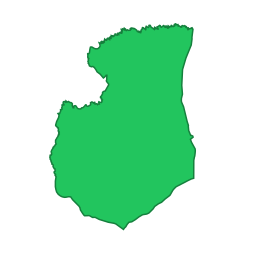 the district of Suwannaphum, Roi Et, Thailand, rotated 169°
{"feature_id": "78962969B41807577344670", "entity_name": "Suwannaphum", "entity_type": "district", "adm_level": 2, "iso_a3": "THA", "parent_name": "Thailand", "parent_adm1": "Roi Et", "projection": "robinson", "projection_center": [103.822, 15.606], "detail": "fine", "context": "isolated", "style": "filled", "palette": "green", "viewbox_px": 256, "rotation_deg": 169, "n_neighbors": 0, "source": "geoboundaries", "source_scale": "gbopen_adm2", "svg_char_len": 5897}
<svg xmlns="http://www.w3.org/2000/svg" viewBox="0 0 256 256"><g transform="rotate(169 128 128)"><path d="M151.8,29.3L150.6,30.5L149.0,31.5L147.2,33.6L145.0,35.3L142.2,35.2L138.2,36.7L134.2,38.7L130.2,40.1L125.9,40.0L123.6,40.6L118.8,43.8L116.8,45.9L112.6,47.8L109.2,48.7L105.0,51.3L100.3,53.6L99.5,54.1L95.9,58.3L94.2,59.7L91.9,61.2L79.0,65.0L75.5,65.9L73.1,66.1L69.6,83.7L68.4,86.7L67.8,87.8L66.9,90.6L66.3,92.7L66.1,94.7L68.4,101.9L68.9,105.0L65.9,106.5L65.9,107.1L65.9,107.6L67.2,108.7L67.9,108.8L68.9,113.8L68.5,118.1L68.2,119.0L68.7,122.9L69.4,138.2L70.5,143.3L70.4,144.8L69.9,146.9L68.1,150.8L67.1,159.6L63.3,175.0L57.8,185.6L50.1,197.4L48.2,203.1L47.9,204.9L45.5,212.2L45.7,212.3L45.6,213.2L46.4,213.6L45.9,213.9L46.0,214.2L46.9,214.1L47.2,213.8L48.1,213.7L49.3,213.7L49.7,213.3L49.9,213.7L49.7,214.7L50.0,214.7L50.5,214.1L50.5,215.0L51.5,215.4L51.4,216.1L52.0,216.1L51.9,216.8L52.1,217.1L52.7,217.0L53.2,217.7L53.8,217.4L55.2,218.2L56.3,217.5L56.2,216.8L56.8,216.8L56.9,216.4L57.1,217.2L57.6,217.8L58.6,218.7L59.2,218.5L59.2,220.0L61.1,220.1L61.1,221.0L61.4,221.2L62.8,220.8L62.9,220.5L62.8,219.7L63.2,219.7L63.1,219.2L64.3,218.9L65.0,219.5L65.4,219.3L65.5,220.2L65.8,220.4L66.2,219.5L67.0,219.8L67.8,219.0L68.8,220.3L69.1,218.7L69.7,218.3L70.1,218.5L70.2,218.9L69.7,219.9L69.9,220.4L71.4,220.9L71.6,220.7L71.4,220.2L71.6,219.6L72.4,219.8L72.5,220.7L73.1,220.8L73.2,221.6L73.5,221.8L76.0,220.5L76.6,221.1L76.7,222.2L77.4,222.7L79.0,221.9L80.2,221.7L80.1,220.8L79.5,219.9L79.6,219.4L80.6,219.7L80.9,220.2L82.6,221.8L83.0,221.1L82.7,220.0L83.3,219.6L84.8,221.4L86.0,222.5L86.6,224.5L87.5,224.8L87.9,224.7L87.9,223.7L88.8,222.8L89.5,223.1L90.3,224.2L90.8,224.3L91.3,223.2L91.6,222.9L91.5,221.9L91.9,221.2L93.0,222.5L93.7,223.0L93.7,223.4L94.6,223.8L95.1,223.2L95.1,222.6L95.6,222.0L96.6,221.5L96.7,220.1L97.7,220.2L97.7,219.8L97.4,219.6L97.5,219.2L98.3,219.6L98.4,220.4L98.8,220.9L99.2,220.1L100.5,221.0L100.6,222.0L101.3,222.9L102.7,224.4L103.3,224.3L103.8,224.9L104.9,225.3L105.4,224.8L105.7,225.5L106.0,225.5L106.2,225.2L106.9,225.0L106.8,223.9L107.0,223.6L108.8,223.7L109.9,224.5L111.1,224.0L111.5,225.4L112.3,224.8L112.9,224.9L112.9,225.5L112.4,226.2L112.7,226.7L113.3,225.8L114.7,226.5L114.9,225.9L114.7,225.3L115.0,224.9L115.7,225.5L115.4,223.7L115.7,223.6L116.0,224.3L116.3,223.9L116.4,223.3L115.8,222.8L116.1,222.2L117.2,222.6L117.7,223.3L118.9,222.7L119.2,221.8L119.8,222.9L120.2,222.5L120.5,221.2L120.9,221.1L122.1,221.8L122.0,222.6L122.8,222.7L123.2,221.7L123.9,221.6L124.4,220.7L125.0,220.6L125.6,221.0L125.5,222.1L126.2,220.8L126.5,221.0L126.5,221.8L126.8,222.0L127.1,220.6L127.4,220.6L127.6,221.0L128.0,220.8L127.7,220.2L127.6,219.2L128.2,219.3L128.0,220.0L128.9,220.3L129.4,220.0L129.5,219.2L129.1,218.7L129.2,218.2L129.8,218.6L129.7,219.3L129.9,219.6L131.0,220.0L131.7,219.4L131.7,219.0L132.5,218.9L132.1,218.6L132.3,218.2L132.8,218.4L133.2,219.1L133.7,219.1L134.0,219.6L134.2,219.1L134.2,218.4L134.7,218.1L134.8,217.4L135.3,217.8L135.8,217.6L135.4,216.5L135.9,216.2L136.3,216.5L136.5,217.3L137.0,216.8L137.3,216.9L137.2,217.6L137.4,218.0L138.2,217.6L138.0,216.6L137.4,216.3L137.4,216.1L138.1,216.1L138.6,216.7L139.2,216.6L140.0,217.1L139.6,215.1L139.8,213.7L140.5,212.8L142.0,211.8L143.1,211.6L144.9,212.0L145.8,212.5L148.0,214.4L149.2,214.6L149.5,214.5L150.3,212.7L151.6,209.0L152.4,208.5L153.3,208.7L153.5,208.4L153.4,207.3L153.8,206.2L154.0,204.6L153.7,204.5L153.4,204.0L153.3,203.5L153.9,203.1L154.0,201.6L154.6,201.2L154.4,199.5L154.7,199.1L154.3,198.6L154.0,196.3L152.3,195.1L150.8,195.1L149.5,193.8L148.4,191.4L147.6,189.0L145.0,186.1L142.6,181.8L141.3,182.4L139.4,183.9L138.7,183.8L139.7,179.4L140.3,178.4L139.9,177.2L138.7,175.0L138.8,174.0L143.3,168.7L144.7,168.6L146.0,168.0L146.3,167.5L146.4,166.6L146.9,165.9L148.1,164.5L149.0,163.9L149.2,163.0L148.8,162.6L148.3,162.5L148.2,162.1L148.6,161.5L147.8,160.5L148.5,159.9L148.4,159.4L149.0,158.3L149.3,158.1L150.7,158.6L151.6,159.3L151.9,158.9L151.6,157.0L153.1,157.1L153.5,156.8L153.9,157.8L155.7,157.7L155.7,159.5L156.3,159.6L157.0,159.0L158.4,160.5L159.1,160.1L159.9,160.1L160.3,157.9L161.9,157.3L163.2,156.9L163.7,157.0L164.4,157.5L164.6,158.6L165.3,158.8L166.5,157.7L168.2,156.6L169.8,156.6L170.6,155.8L172.2,156.0L173.6,156.7L174.3,157.9L174.7,159.3L175.5,160.0L176.8,160.0L177.3,159.4L177.3,158.2L178.0,158.3L178.5,160.5L178.0,162.3L178.4,163.2L179.0,163.8L180.2,164.1L181.3,165.4L182.3,165.1L182.7,165.1L183.7,166.3L183.9,165.3L184.1,165.1L185.2,166.1L186.2,166.1L186.6,165.8L187.0,164.6L186.4,163.3L186.4,162.9L186.7,162.8L188.1,163.3L188.4,163.2L188.5,161.5L189.2,160.6L189.1,159.1L189.8,158.7L190.7,158.9L190.9,157.5L192.4,155.2L192.8,155.2L193.6,155.7L194.0,155.6L193.2,153.9L194.1,151.6L196.8,148.0L198.5,144.6L198.4,143.8L197.5,142.8L197.2,141.7L196.4,141.4L196.6,140.5L196.6,139.4L196.9,139.1L197.1,138.3L196.4,137.5L196.7,137.1L196.5,136.6L196.8,136.5L196.7,136.2L197.1,135.6L196.9,135.4L197.3,135.1L197.1,134.9L197.5,134.7L197.5,134.1L197.8,133.8L198.2,133.7L198.4,133.1L200.0,131.5L200.3,131.0L201.4,129.9L201.9,127.5L201.6,126.0L202.6,125.5L203.2,124.5L203.9,124.3L204.1,123.9L205.1,123.4L204.9,123.1L206.9,121.0L207.9,119.5L207.9,118.5L207.7,118.1L208.2,116.8L208.1,116.7L208.7,116.0L209.5,116.2L209.8,115.6L209.7,115.3L210.3,114.3L210.1,113.3L210.4,112.4L209.8,111.0L209.9,110.2L209.7,109.9L209.9,109.5L209.4,108.2L209.6,107.1L209.1,106.9L208.7,106.3L208.6,105.1L208.9,104.7L208.7,103.5L208.4,103.0L208.2,102.1L207.5,101.8L207.8,99.4L208.7,99.2L209.0,98.7L208.8,97.3L208.0,96.6L208.0,96.0L208.5,95.8L208.6,95.5L207.9,93.9L209.4,89.8L210.5,84.2L210.5,81.5L210.3,78.9L209.1,76.2L207.3,74.2L205.7,73.0L203.6,72.1L202.3,71.9L199.4,71.9L197.4,71.3L196.0,68.1L191.0,60.6L190.4,59.0L190.3,56.6L188.7,52.5L187.7,50.5L187.2,50.1L183.1,49.5L182.3,49.1L179.9,47.0L177.3,46.6L173.6,43.7L171.9,42.8L165.4,39.3L159.8,37.1L158.3,36.2L151.8,29.3Z" fill="#22c55e" stroke="#15803d" stroke-width="1.5"/></g></svg>